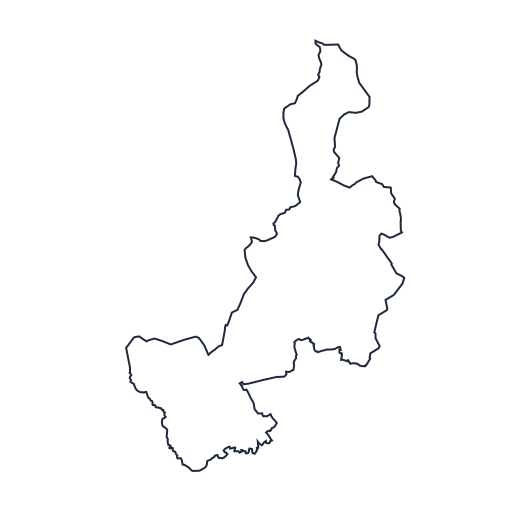 Ikara, Kaduna, Nigeria, rotated 257°
{"feature_id": "59680162B12574760496394", "entity_name": "Ikara", "entity_type": "district", "adm_level": 2, "iso_a3": "NGA", "parent_name": "Nigeria", "parent_adm1": "Kaduna", "projection": "mercator", "projection_center": [8.11, 11.312], "detail": "fine", "context": "isolated", "style": "outline", "palette": "slate", "viewbox_px": 512, "rotation_deg": 257, "n_neighbors": 0, "source": "geoboundaries", "source_scale": "gbopen_adm2", "svg_char_len": 6033}
<svg xmlns="http://www.w3.org/2000/svg" viewBox="0 0 512 512"><g transform="rotate(257 256 256)"><path d="M275.3,255.1L271.3,255.4L269.2,253.8L267.3,251.0L265.7,247.6L264.4,246.2L256.5,245.3L249.1,246.1L242.1,248.2L235.2,251.2L230.6,247.2L225.9,240.5L221.7,235.7L213.4,230.1L207.8,225.9L206.3,219.8L198.7,215.1L194.8,212.4L195.6,211.0L193.0,209.6L191.0,209.1L176.8,202.9L176.4,199.3L173.9,194.6L172.8,191.7L170.4,187.4L180.7,185.5L189.1,181.9L191.0,179.1L190.5,167.1L189.0,153.1L194.8,144.7L198.4,138.5L198.1,132.5L197.4,130.2L201.9,125.8L203.8,124.4L204.3,120.2L203.9,118.5L195.7,108.8L175.4,108.1L170.9,107.0L170.6,106.6L169.1,107.4L167.8,107.6L166.8,106.3L165.6,105.5L164.6,105.7L163.7,106.2L162.9,106.3L161.9,105.4L160.5,106.3L159.1,108.1L153.8,108.9L151.5,110.1L149.3,112.6L148.9,114.2L148.9,114.8L148.1,115.9L148.2,117.1L148.5,117.7L148.2,118.5L142.4,119.1L141.8,119.4L140.9,120.4L138.8,120.9L138.0,122.1L136.6,122.4L134.8,121.7L133.9,122.0L133.7,122.4L133.8,123.5L133.4,124.0L132.7,124.3L131.6,124.2L130.8,124.8L130.5,126.7L129.6,127.6L129.3,128.9L128.7,129.4L128.2,129.4L127.0,130.0L127.0,130.8L126.6,131.1L125.7,130.9L124.6,131.1L123.9,132.0L122.3,131.0L120.1,131.3L119.6,131.7L119.2,131.5L118.8,130.6L118.4,128.3L116.1,127.1L112.3,126.6L110.5,127.4L109.1,129.0L106.9,130.4L105.1,130.0L99.8,128.2L97.5,128.9L95.4,128.2L91.8,128.0L90.8,129.8L89.5,130.0L88.9,128.5L88.2,128.4L87.7,129.5L88.0,130.9L87.5,131.7L84.9,131.2L83.3,133.3L81.3,133.4L79.0,134.5L77.4,133.6L76.3,134.3L75.8,137.3L73.7,137.8L69.2,137.6L68.7,139.2L65.2,142.8L62.8,144.2L60.9,145.6L59.7,151.6L59.6,153.0L60.8,157.2L61.6,159.2L62.6,160.4L64.0,161.2L67.1,162.3L67.4,162.9L67.8,166.0L68.9,167.9L69.5,170.1L70.8,171.3L70.7,173.8L69.6,173.7L67.4,174.5L67.2,176.2L66.5,177.3L66.6,179.1L67.0,179.5L67.4,180.8L69.5,183.7L71.3,182.5L71.7,181.5L73.7,180.7L74.0,180.9L75.2,182.7L76.1,186.3L76.1,187.4L74.1,187.4L74.2,192.5L73.8,192.7L71.4,191.1L70.5,191.1L70.2,193.2L69.6,195.1L68.0,195.8L68.0,196.0L68.5,197.1L68.6,198.2L69.0,198.5L70.2,198.1L70.0,199.1L69.4,199.3L68.4,200.5L68.2,201.8L66.9,201.8L65.8,202.0L65.8,204.0L67.2,205.2L68.8,205.5L69.9,206.4L69.4,207.4L68.7,208.7L66.7,208.3L64.8,208.4L64.8,208.9L63.9,209.7L63.6,210.4L65.6,212.5L66.6,212.9L66.9,213.6L68.8,213.7L68.6,215.1L74.8,216.0L72.4,217.0L70.3,219.2L72.6,222.0L73.5,224.0L71.5,224.0L70.8,225.5L70.8,226.8L71.1,227.4L72.4,228.2L72.6,230.0L75.0,229.0L78.2,228.0L81.8,226.1L82.5,227.4L82.6,228.0L82.8,229.0L82.4,229.3L82.9,230.4L82.5,230.8L83.7,232.1L84.2,232.2L84.8,233.0L84.9,234.3L86.1,236.4L88.7,238.7L91.3,237.5L93.9,235.9L96.9,234.8L98.6,234.6L97.4,230.5L98.2,227.6L98.1,227.2L99.4,226.6L101.3,226.6L102.0,222.7L102.7,222.3L107.3,220.1L112.0,220.6L114.4,220.3L119.4,218.7L124.2,217.8L128.0,216.6L127.9,215.4L128.1,214.1L128.5,213.8L131.7,213.0L132.7,213.0L133.3,212.4L134.9,212.1L134.9,211.8L135.6,211.5L136.3,214.1L133.8,215.0L133.3,220.1L133.6,234.7L133.5,248.9L132.1,256.2L133.0,258.0L133.8,258.6L134.1,259.1L136.5,259.3L135.5,262.4L135.5,262.9L136.4,265.1L136.4,266.7L137.2,267.2L141.0,268.5L142.8,268.6L143.7,268.8L144.9,269.4L147.2,271.9L147.9,272.3L149.3,272.2L150.7,273.5L153.7,273.1L154.0,272.9L154.8,273.2L157.7,272.9L159.6,273.1L161.9,274.1L162.3,274.2L163.2,273.8L164.2,274.9L164.8,276.8L165.4,278.0L165.3,279.5L164.0,280.6L163.8,281.5L163.9,284.1L164.2,284.9L164.1,285.6L164.7,288.6L163.7,288.8L162.9,289.8L162.5,289.7L162.1,290.4L161.7,290.1L161.0,289.5L160.6,290.1L159.8,290.1L159.2,291.2L157.9,291.8L157.8,292.5L157.1,292.9L156.5,292.3L155.5,291.9L155.2,292.2L152.6,291.7L150.7,292.1L149.4,292.9L149.2,294.3L148.3,294.7L148.7,297.6L148.9,304.1L148.3,306.5L147.6,311.6L148.5,314.7L148.6,316.2L148.4,317.4L145.5,317.4L145.9,316.2L142.9,315.6L141.9,316.8L142.0,317.5L140.8,317.7L135.7,315.6L135.6,316.9L133.9,319.6L132.9,321.6L133.8,322.0L133.6,322.5L131.7,322.8L131.2,323.3L129.8,323.6L129.8,325.7L129.2,328.5L128.8,328.8L128.3,330.0L128.2,330.6L127.3,331.1L126.6,332.1L125.6,332.7L125.5,333.2L124.7,334.7L124.8,335.5L124.1,336.9L124.5,337.0L124.9,338.2L124.6,338.6L130.3,344.2L131.3,343.8L135.4,345.5L138.5,354.7L140.4,356.2L149.0,354.0L153.7,355.0L155.1,354.1L170.7,361.9L173.8,371.3L175.1,372.1L184.1,372.3L187.1,381.6L196.2,392.5L201.2,395.5L203.5,393.9L207.5,388.9L217.1,386.0L218.1,386.6L234.2,380.0L234.3,379.5L239.6,377.9L241.5,379.1L247.9,380.9L249.6,383.2L248.8,384.6L243.7,390.4L243.8,393.9L246.1,403.5L248.1,402.8L257.6,404.8L258.1,405.3L262.1,405.9L268.0,406.0L269.8,406.6L274.8,403.1L277.1,402.5L277.8,402.6L280.4,404.1L281.1,404.0L286.6,401.8L292.3,402.7L292.7,402.0L294.4,396.2L297.7,395.0L300.8,390.1L301.3,389.6L301.6,389.5L302.3,389.7L307.6,387.1L307.3,378.4L307.0,376.9L305.0,369.9L304.0,368.7L303.4,366.4L301.6,362.7L304.5,358.1L310.8,350.7L313.7,346.4L314.5,347.5L314.4,348.6L315.0,349.3L316.0,349.0L317.4,350.6L319.9,353.0L322.5,354.1L324.1,355.3L325.0,357.0L326.3,357.3L328.2,356.9L332.8,359.2L339.7,355.5L342.2,355.6L344.6,357.6L353.3,359.0L370.9,368.3L374.2,373.9L375.3,378.9L373.0,385.6L372.9,391.7L375.7,399.2L377.8,400.5L385.5,402.4L401.4,395.6L407.1,395.2L412.0,395.4L417.1,396.8L420.4,397.1L424.7,397.0L427.0,395.0L429.1,392.4L433.0,388.8L437.2,385.4L440.7,384.3L443.6,383.6L446.3,370.2L448.5,368.2L449.7,365.8L452.4,362.3L449.6,361.8L447.0,363.6L445.7,364.9L443.7,365.2L440.9,364.7L437.7,362.1L433.7,362.1L430.6,362.8L427.8,362.8L424.0,360.4L420.8,359.2L418.6,357.3L416.3,358.1L414.8,357.1L412.9,355.6L409.8,346.8L405.5,338.7L402.6,332.7L400.0,331.3L396.1,328.4L396.1,323.6L393.3,316.6L389.3,314.9L384.5,313.8L380.3,313.8L376.0,314.5L371.8,315.7L351.9,316.6L341.4,316.6L337.3,316.1L332.0,314.0L325.3,311.9L323.8,314.6L321.5,315.7L317.7,316.2L310.5,312.2L305.8,310.4L298.7,311.2L297.2,308.6L295.9,305.4L295.7,303.2L295.8,300.4L294.1,299.2L293.8,298.3L294.3,295.8L291.6,293.7L291.3,289.6L290.4,287.1L284.8,282.3L283.8,280.3L282.2,280.2L281.4,281.2L276.5,280.5L274.4,281.2L272.7,281.3L270.4,278.9L268.7,270.5L268.6,267.5L269.7,263.7L271.2,262.9L272.3,261.5L273.7,259.3L274.7,257.2L275.3,255.1Z" fill="none" stroke="#1e293b" stroke-width="2"/></g></svg>